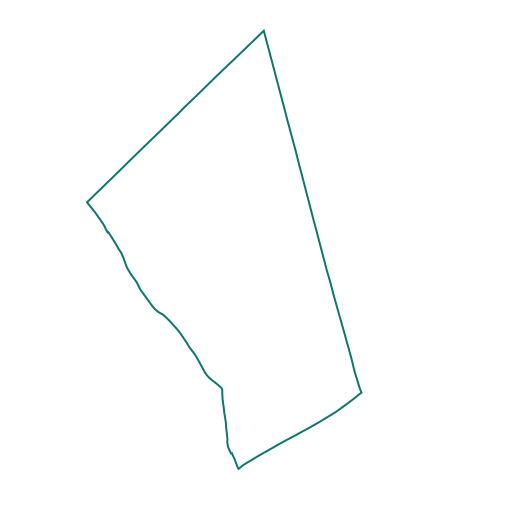 outline of Pathum Wan, Bangkok Metropolis, Thailand, rotated 232°
{"feature_id": "78962969B24986508007859", "entity_name": "Pathum Wan", "entity_type": "district", "adm_level": 2, "iso_a3": "THA", "parent_name": "Thailand", "parent_adm1": "Bangkok Metropolis", "projection": "orthographic", "projection_center": [100.531, 13.738], "detail": "fine", "context": "isolated", "style": "outline", "palette": "teal", "viewbox_px": 512, "rotation_deg": 232, "n_neighbors": 0, "source": "geoboundaries", "source_scale": "gbopen_adm2", "svg_char_len": 3013}
<svg xmlns="http://www.w3.org/2000/svg" viewBox="0 0 512 512"><g transform="rotate(232 256 256)"><path d="M353.0,368.4L410.4,393.0L428.7,400.8L425.3,368.3L422.1,335.8L418.8,306.5L417.4,292.3L416.0,281.6L415.5,276.5L413.4,257.3L411.3,237.2L409.2,217.8L408.2,209.1L407.7,205.0L406.1,190.7L405.3,182.9L403.6,167.2L402.9,161.1L402.5,157.3L402.4,156.0L401.0,155.9L397.0,156.0L391.9,156.0L387.6,156.0L386.6,155.9L385.9,155.9L379.5,155.6L378.9,155.5L378.1,155.5L374.4,155.2L372.0,154.8L369.3,154.1L365.9,153.6L365.8,154.2L365.8,154.3L365.4,154.3L364.8,154.2L364.1,154.2L361.0,153.9L356.8,153.5L356.1,153.4L353.8,153.2L346.3,152.1L345.6,152.0L345.2,152.0L341.2,151.7L340.7,151.5L340.0,151.4L338.7,150.9L338.4,150.9L338.2,150.8L337.9,150.8L337.0,150.7L336.6,150.6L333.2,149.4L327.1,147.4L326.7,147.3L326.2,147.2L325.9,147.1L325.0,147.0L323.0,146.7L318.3,146.2L317.4,146.1L310.4,145.9L308.9,145.8L308.5,145.7L307.8,145.7L307.6,145.6L302.2,144.5L300.5,144.2L299.8,144.2L298.8,144.1L287.2,143.7L286.1,143.6L280.1,143.5L277.5,143.5L276.4,143.6L274.1,144.1L272.9,144.3L272.6,144.4L272.5,144.5L272.0,144.6L268.4,146.0L268.1,146.2L267.6,146.5L265.0,147.0L262.5,147.4L256.6,148.1L252.5,148.3L248.2,148.7L242.2,148.8L228.9,147.9L227.7,147.7L225.2,147.3L221.9,147.3L216.9,147.3L213.3,146.9L204.7,145.6L199.9,144.8L195.8,144.1L195.3,144.0L194.8,144.0L192.8,143.9L191.2,144.0L190.6,144.0L189.7,144.1L189.0,144.2L188.9,144.2L188.6,144.2L188.4,144.3L185.4,144.8L183.1,145.5L180.6,146.1L177.3,146.8L174.5,147.4L174.1,147.5L173.4,147.5L173.1,147.5L172.5,147.4L172.2,147.4L171.7,147.2L171.1,146.9L170.9,146.7L170.5,146.4L169.2,145.4L168.2,144.6L167.8,144.3L165.2,142.6L164.6,142.0L164.2,141.8L159.3,138.9L156.5,137.3L151.7,134.3L151.4,134.2L151.2,134.0L150.9,133.9L148.0,132.3L147.9,132.3L147.6,132.1L144.0,130.1L142.0,128.9L141.7,128.7L140.4,127.6L133.4,123.3L133.2,123.2L132.3,122.6L130.9,121.8L130.8,121.7L130.2,121.3L128.9,120.5L128.6,120.2L127.8,119.4L127.4,119.1L126.7,118.6L126.3,118.4L125.0,117.6L124.3,117.2L123.0,116.6L122.6,116.5L121.2,116.0L119.8,115.7L118.6,115.4L115.7,114.7L115.4,115.6L114.8,115.4L109.2,114.1L100.6,111.4L100.0,111.3L99.0,111.2L99.0,114.3L99.1,115.1L99.1,116.6L99.0,117.9L98.4,123.5L97.5,130.7L97.2,133.1L96.1,141.2L95.9,142.3L94.8,149.6L94.2,153.8L93.6,157.9L92.4,165.6L90.8,173.9L89.4,183.0L88.2,190.1L86.5,201.4L86.3,202.5L85.2,211.9L84.1,221.5L83.9,223.9L83.5,235.4L83.3,244.0L83.3,247.4L83.4,248.7L83.4,254.9L85.3,255.5L86.5,255.9L88.9,256.7L93.2,258.3L95.8,259.3L97.0,259.8L102.6,261.9L105.5,263.1L108.1,264.3L112.7,266.4L113.8,266.9L114.3,267.1L115.4,267.6L118.4,268.9L119.2,269.2L126.0,272.1L130.6,273.9L135.9,276.1L138.4,277.2L153.9,283.5L175.2,292.2L190.6,298.8L202.4,303.5L204.4,304.4L210.1,306.9L211.1,307.3L213.4,308.2L215.2,309.0L216.0,309.4L222.0,312.0L227.7,314.4L236.4,318.2L252.2,324.9L257.2,327.1L270.5,332.9L277.8,336.0L278.6,336.4L288.3,340.6L301.9,346.4L314.4,352.0L338.1,362.0L343.2,364.1L350.4,367.3L350.9,367.5L353.0,368.4Z" fill="none" stroke="#0f766e" stroke-width="2"/></g></svg>